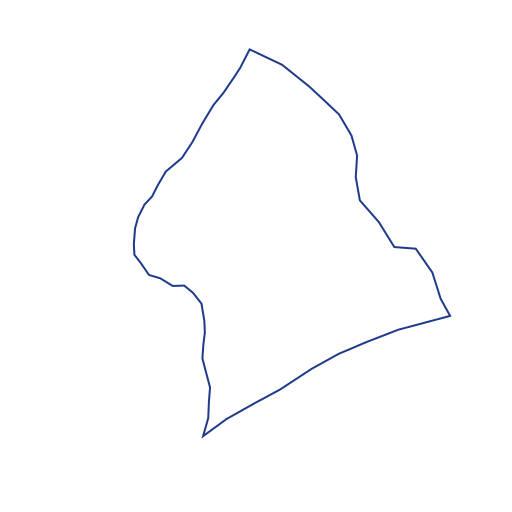 outline of Koutsoventis, Cyprus, rotated 142°
{"feature_id": "46923920B77233656237897", "entity_name": "Koutsoventis", "entity_type": "district", "adm_level": 2, "iso_a3": "CYP", "parent_name": "Cyprus", "parent_adm1": "", "projection": "natural_earth1", "projection_center": [33.428, 35.265], "detail": "fine", "context": "isolated", "style": "outline", "palette": "blue", "viewbox_px": 512, "rotation_deg": 142, "n_neighbors": 0, "source": "geoboundaries", "source_scale": "gbopen_adm2", "svg_char_len": 813}
<svg xmlns="http://www.w3.org/2000/svg" viewBox="0 0 512 512"><g transform="rotate(142 256 256)"><path d="M253.9,378.9L275.0,378.1L290.2,372.1L301.2,366.9L312.2,365.2L324.9,359.2L334.2,352.3L345.2,340.3L351.1,331.7L351.1,321.5L352.0,306.9L345.2,297.4L340.1,283.7L330.8,276.9L328.3,265.7L328.3,252.0L336.7,236.6L343.5,227.1L352.0,218.6L361.3,208.3L367.2,194.6L373.1,180.8L383.2,169.7L393.4,157.7L408.6,146.6L379.7,145.7L348.0,140.9L319.4,136.0L281.3,132.8L251.1,128.0L220.9,119.9L189.2,110.3L139.9,89.3L136.8,108.7L127.2,134.4L125.6,163.4L141.5,177.9L138.3,206.9L139.9,235.9L128.8,256.8L114.5,272.9L106.6,292.2L103.4,316.4L106.6,337.3L109.7,356.7L117.7,390.5L133.8,422.7L152.4,414.1L162.5,410.6L181.2,404.6L196.4,401.2L216.7,393.5L236.1,384.9L253.9,378.9Z" fill="none" stroke="#1e3a8a" stroke-width="2"/></g></svg>